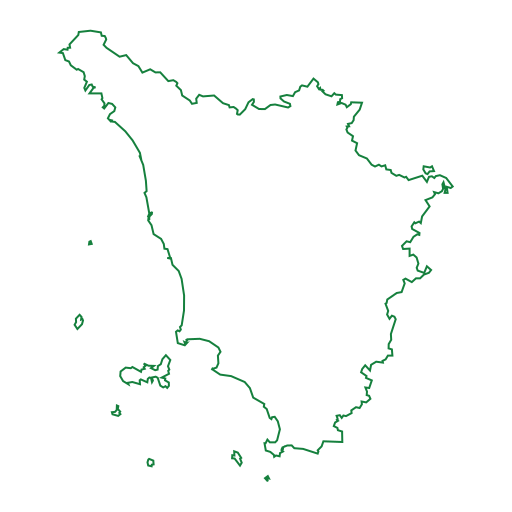 the district of Toscana, Siena, Italy
{"feature_id": "23120603B95153686365028", "entity_name": "Toscana", "entity_type": "district", "adm_level": 2, "iso_a3": "ITA", "parent_name": "Italy", "parent_adm1": "Siena", "projection": "mercator", "projection_center": [10.807, 43.355], "detail": "fine", "context": "isolated", "style": "outline", "palette": "green", "viewbox_px": 512, "rotation_deg": 0, "n_neighbors": 0, "source": "geoboundaries", "source_scale": "gbopen_adm2", "svg_char_len": 5996}
<svg xmlns="http://www.w3.org/2000/svg" viewBox="0 0 512 512"><path d="M107.9,118.3L111.3,122.0L110.4,120.7L110.7,120.1L111.9,120.4L111.4,121.5L114.9,121.9L125.3,131.3L132.6,140.4L139.9,152.8L140.7,156.8L139.3,155.4L143.2,164.9L145.9,180.8L146.6,191.1L144.5,192.9L146.4,197.3L149.3,213.6L147.8,217.2L149.9,215.4L149.9,212.0L150.5,214.5L152.1,211.8L151.8,214.1L148.5,217.4L149.3,217.0L148.5,218.5L149.7,217.3L148.9,218.4L149.7,219.8L148.4,218.7L148.2,220.4L151.5,225.2L153.6,234.1L161.1,238.9L163.8,244.0L164.4,248.7L167.5,249.1L170.3,258.2L167.2,257.9L170.3,258.6L171.0,258.3L172.5,264.8L178.7,271.0L181.6,278.9L184.1,295.5L184.0,310.5L181.7,325.3L180.0,327.0L180.8,329.6L179.5,331.3L177.7,330.4L176.0,331.8L177.8,343.1L184.8,345.3L186.7,343.2L185.1,343.7L184.5,342.1L185.6,342.7L187.3,340.1L185.7,340.2L187.4,339.3L199.7,338.8L209.1,341.2L218.4,347.5L220.5,351.8L217.9,355.6L218.4,363.3L216.5,367.6L212.7,368.8L213.0,367.7L212.1,369.2L220.2,374.6L231.1,376.1L244.7,382.0L249.9,388.1L253.2,397.6L264.3,404.0L263.8,406.7L266.7,409.0L269.7,417.9L271.4,419.1L272.1,417.2L274.7,416.8L277.8,421.3L279.9,429.3L277.1,440.3L275.2,442.3L269.8,442.3L267.4,439.6L265.6,443.2L264.5,443.2L265.8,450.5L270.3,451.9L273.9,454.9L274.2,456.8L276.0,455.5L279.6,456.3L280.0,453.1L283.0,451.5L281.8,450.5L282.8,449.6L283.0,448.4L282.5,449.0L281.8,448.9L282.5,447.4L287.2,445.5L291.7,445.4L294.3,448.2L303.1,448.9L317.7,453.6L318.4,451.5L317.7,450.3L321.6,446.4L323.4,441.3L342.3,442.0L342.1,431.5L337.9,430.2L337.4,427.9L333.8,426.1L335.1,422.5L338.0,420.8L336.9,419.8L337.7,419.1L336.6,415.8L339.8,415.2L341.7,417.9L343.4,415.5L346.0,416.1L351.6,413.1L351.3,410.4L356.0,407.2L359.6,408.0L361.9,404.3L361.6,401.5L366.2,402.4L370.4,398.8L369.1,395.8L366.7,395.1L367.0,391.6L365.4,387.5L369.2,388.0L371.8,380.4L366.0,377.9L366.5,376.0L361.1,372.3L362.2,369.0L365.2,365.3L370.0,370.5L371.1,364.8L376.2,361.7L382.9,362.6L382.5,360.9L385.6,359.4L387.9,355.6L392.4,355.6L391.9,349.4L388.6,348.4L388.7,344.1L391.2,339.8L390.9,334.0L395.7,319.2L394.4,316.7L391.9,315.7L389.5,318.8L387.1,314.5L388.2,310.9L385.5,303.7L386.6,303.0L387.3,299.5L396.7,293.0L401.6,292.1L404.7,283.4L403.3,279.9L405.5,278.6L411.8,282.1L416.0,278.3L420.1,278.3L423.9,274.6L428.9,272.8L431.1,270.0L426.9,266.3L424.2,272.9L417.7,270.6L416.7,267.8L418.4,263.6L416.6,257.5L413.3,254.6L409.6,255.9L409.6,248.6L403.1,249.0L402.0,245.9L406.6,241.3L410.2,242.2L413.5,236.8L417.3,234.3L419.3,234.9L419.5,233.0L412.2,229.0L411.6,226.4L414.3,222.3L415.3,223.3L419.1,221.6L420.8,223.1L422.1,216.4L429.6,206.4L425.5,200.1L432.4,197.4L435.0,194.2L434.1,192.1L438.4,193.3L441.9,191.2L443.1,188.8L442.4,184.3L443.5,182.3L445.4,189.7L444.6,192.9L447.6,192.9L446.7,186.8L450.7,188.0L452.7,186.5L446.2,178.0L439.9,175.2L435.8,176.1L434.3,178.0L431.9,176.3L429.0,176.8L426.9,181.9L422.3,175.7L408.6,180.1L406.1,176.8L404.5,177.5L399.2,174.9L396.3,175.8L391.5,172.9L390.7,170.0L386.3,169.4L385.2,165.3L381.5,166.4L378.9,164.7L375.0,166.5L371.6,164.7L366.9,158.5L359.0,155.2L355.5,150.5L357.1,143.2L352.0,140.6L353.0,136.2L347.6,132.5L346.4,129.5L347.4,127.6L346.8,126.5L349.1,126.3L348.0,123.9L351.7,123.1L353.6,120.2L353.9,116.7L359.7,109.6L362.0,102.7L351.2,102.3L350.8,104.2L346.8,107.2L345.6,104.7L341.6,103.0L337.4,104.5L337.9,102.2L340.0,101.8L340.2,99.2L342.1,98.2L341.9,95.1L335.8,94.6L334.3,93.2L331.5,96.3L325.5,94.3L322.5,91.4L323.5,90.7L322.6,89.8L320.3,89.7L320.1,88.0L318.9,89.0L317.1,86.2L318.4,84.2L317.9,82.3L313.5,78.6L307.4,86.7L302.0,85.4L300.3,86.7L299.1,90.4L295.1,92.2L292.9,96.1L286.8,95.0L280.4,96.5L280.5,98.4L284.0,101.5L289.9,103.8L290.4,106.1L288.1,107.5L275.1,104.5L270.5,105.0L264.9,109.1L259.0,109.0L252.0,104.8L253.9,101.9L253.8,99.4L252.7,99.1L248.5,102.3L245.2,109.2L239.8,114.6L237.8,114.5L237.0,113.9L237.7,110.2L235.9,108.5L233.6,107.0L229.6,107.4L228.9,105.1L223.0,103.2L214.1,95.5L203.0,96.4L199.2,94.8L196.2,98.7L196.7,102.9L192.0,103.8L189.8,100.5L182.2,95.5L180.9,90.1L176.3,85.7L177.4,83.2L176.2,81.9L173.3,80.2L168.3,81.1L160.2,72.3L155.4,72.4L150.2,69.3L142.4,72.6L138.4,66.1L133.0,63.2L126.2,55.1L119.6,56.7L106.5,47.8L103.6,44.8L106.2,39.5L105.8,38.0L104.7,36.0L101.7,35.8L100.9,32.4L90.5,30.7L78.8,32.0L78.3,35.0L69.5,44.4L70.1,47.7L67.7,47.8L67.5,49.7L63.7,49.1L59.3,52.6L62.9,53.1L65.3,60.1L69.0,61.5L70.8,65.3L76.7,69.7L78.1,69.0L83.6,72.2L84.8,76.1L84.2,79.6L86.9,81.7L84.3,87.9L85.4,90.5L89.3,85.0L91.7,84.5L92.7,86.7L95.5,87.3L93.5,87.9L89.5,93.4L101.4,93.4L102.4,98.1L101.6,99.3L104.5,103.4L104.3,105.8L102.8,107.3L104.2,108.5L108.4,103.0L112.1,103.9L115.3,107.4L114.3,111.1L110.0,114.1L107.9,118.3ZM165.9,355.2L162.4,359.2L160.8,364.2L157.9,366.1L157.6,369.6L155.2,370.2L151.0,368.1L153.9,365.9L148.5,365.7L143.8,363.5L145.5,365.8L143.7,367.2L144.7,368.8L141.5,369.6L141.0,371.8L132.4,367.0L130.8,368.2L125.7,367.6L120.6,371.5L120.2,376.1L123.1,381.1L128.4,384.3L127.8,382.8L132.3,382.0L140.0,384.2L139.7,380.3L140.8,379.4L147.3,382.3L147.8,378.9L149.4,377.5L151.0,377.9L152.0,382.2L152.9,380.6L151.8,377.5L155.7,376.7L157.7,377.8L160.3,385.6L163.2,387.4L165.5,386.2L167.2,387.9L168.9,385.8L168.8,382.5L165.0,380.3L165.3,378.5L161.7,377.6L169.0,373.8L168.2,370.8L169.3,369.6L168.0,366.2L170.3,360.0L165.9,355.2ZM237.8,452.6L234.2,451.3L234.4,455.5L232.3,455.2L232.1,458.3L234.6,458.5L240.0,465.6L241.7,462.7L240.1,458.7L241.2,457.9L237.8,452.6ZM79.6,314.8L75.9,318.7L76.1,322.1L74.6,324.8L77.4,329.0L82.0,324.2L83.0,320.5L82.4,319.0L81.1,319.6L81.5,316.9L79.6,314.8ZM423.7,166.3L423.3,169.4L425.6,173.3L427.5,174.1L429.6,171.4L434.0,171.1L432.0,166.3L430.1,167.5L423.7,166.3ZM116.9,405.5L116.7,410.0L115.0,411.9L111.9,412.2L112.5,414.3L118.2,415.9L120.4,414.1L119.3,412.9L120.2,411.6L117.8,409.0L118.3,406.1L116.9,405.5ZM153.3,460.6L149.1,458.9L148.3,459.6L147.5,462.3L148.2,465.5L151.6,466.3L151.8,464.7L153.6,464.4L153.3,460.6ZM267.8,476.1L265.0,478.2L267.8,481.3L267.0,478.1L269.0,478.5L267.8,476.1ZM90.7,241.1L89.4,241.7L89.0,244.4L91.7,243.9L90.7,241.1Z" fill="none" stroke="#15803d" stroke-width="2"/></svg>